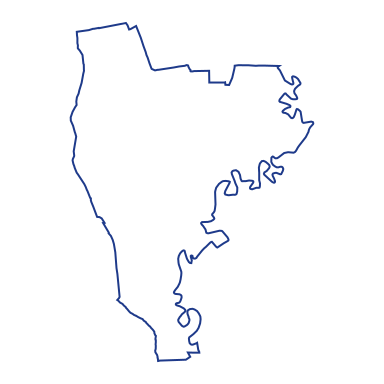 the district of Falciu, Vaslui, Romania
{"feature_id": "2599482B69317802049960", "entity_name": "Falciu", "entity_type": "district", "adm_level": 2, "iso_a3": "ROU", "parent_name": "Romania", "parent_adm1": "Vaslui", "projection": "natural_earth1", "projection_center": [28.123, 46.28], "detail": "fine", "context": "isolated", "style": "outline", "palette": "blue", "viewbox_px": 384, "rotation_deg": 0, "n_neighbors": 0, "source": "geoboundaries", "source_scale": "gbopen_adm2", "svg_char_len": 5950}
<svg xmlns="http://www.w3.org/2000/svg" viewBox="0 0 384 384"><path d="M197.1,342.8L196.1,343.4L192.9,344.6L191.9,344.7L190.9,344.4L189.7,343.2L189.2,341.2L188.9,338.6L189.2,337.4L193.4,334.1L196.8,330.8L198.6,327.8L200.1,323.4L200.6,319.3L200.4,316.8L200.1,315.9L198.8,313.4L197.1,311.1L194.6,309.5L192.6,308.8L189.9,309.1L188.1,310.2L187.4,311.5L187.5,313.9L188.6,316.8L188.7,317.7L189.4,319.2L189.4,320.5L188.7,322.9L187.7,324.3L186.8,325.1L184.5,326.5L183.5,326.7L181.9,325.8L178.7,322.0L178.3,320.9L178.2,320.0L178.5,319.2L179.8,317.0L180.8,315.9L181.9,314.3L184.7,312.0L185.4,310.7L185.2,309.8L183.8,308.4L179.9,306.3L176.9,305.4L175.9,304.7L175.8,304.2L175.9,303.8L176.3,303.4L176.7,303.2L178.9,302.8L180.0,301.8L180.6,300.5L181.4,298.2L181.6,297.3L181.5,295.9L181.0,295.1L179.6,294.3L175.3,293.9L174.3,293.3L174.0,292.7L173.9,292.3L174.3,291.4L175.3,289.9L177.8,286.8L179.3,283.8L179.9,282.4L180.6,279.3L181.2,275.5L181.4,273.1L181.3,271.7L178.8,264.4L178.5,262.6L178.2,258.8L178.8,256.0L180.1,253.4L181.3,252.0L182.5,250.9L183.4,250.4L184.4,250.6L184.7,251.0L185.1,252.9L186.8,258.3L187.2,259.2L188.9,262.1L190.1,263.0L191.3,263.1L191.8,260.3L190.8,256.9L190.8,255.9L191.3,255.5L192.4,255.8L192.9,257.9L193.8,258.5L195.0,258.6L196.1,258.1L196.5,257.8L197.1,256.7L202.2,250.4L204.3,248.2L205.9,246.9L210.1,242.7L211.1,242.0L211.9,241.8L216.0,246.6L216.8,247.3L217.4,247.5L223.8,243.2L227.9,240.9L228.4,240.4L228.5,239.9L228.4,239.2L227.5,237.3L222.3,231.2L221.8,230.9L219.7,230.7L218.7,230.9L208.5,233.3L207.3,233.2L206.3,232.7L205.5,229.5L203.0,225.8L202.0,224.8L201.2,223.6L201.1,223.1L202.0,222.1L207.9,221.9L211.0,221.2L213.2,219.9L214.2,218.9L214.3,218.5L214.0,217.6L212.1,215.0L212.2,214.2L213.9,212.2L214.6,210.9L215.0,208.6L215.5,204.5L215.1,192.0L215.4,190.5L216.2,187.7L219.0,183.9L221.9,181.7L223.1,181.1L225.7,180.9L228.7,181.3L229.4,181.6L229.8,181.8L229.6,182.8L225.3,191.0L224.7,193.3L225.3,194.5L228.1,195.2L229.1,195.2L233.1,194.7L235.0,194.8L236.2,194.3L236.6,193.8L237.2,191.3L237.3,187.5L235.3,183.1L234.7,181.1L231.9,174.2L231.6,172.4L232.5,171.1L233.6,170.6L236.0,170.2L238.5,171.8L240.0,175.0L240.6,178.7L241.6,180.9L242.0,181.2L245.9,181.1L249.1,180.5L252.3,180.8L253.2,181.2L253.4,181.9L253.1,182.8L250.4,186.6L250.1,187.2L250.0,187.9L250.1,188.5L250.5,188.9L252.1,189.3L256.3,187.8L259.0,187.8L259.5,187.6L259.7,187.1L259.9,186.1L260.0,183.3L259.2,180.3L259.2,172.8L258.9,167.6L259.7,164.1L260.2,163.1L261.9,161.1L263.6,160.9L265.6,161.8L267.8,163.6L269.3,165.1L269.7,166.7L269.1,168.1L266.7,171.0L264.4,172.4L263.9,173.8L264.2,174.6L272.0,181.8L273.5,182.6L274.1,182.7L274.5,182.6L275.0,181.9L275.0,181.1L274.0,178.4L272.7,175.8L272.5,174.9L272.5,174.4L273.1,173.5L275.1,172.9L276.6,172.9L280.2,174.3L281.2,174.1L282.8,170.9L283.3,169.0L282.7,167.5L282.0,166.9L281.2,166.7L280.1,166.8L278.5,167.3L276.8,167.3L275.3,166.6L273.1,165.0L272.2,163.7L271.3,161.9L271.4,157.8L272.0,157.0L272.8,156.5L273.6,156.9L274.4,157.7L275.4,158.3L277.1,158.2L278.5,157.4L284.2,153.0L288.1,152.2L293.6,152.7L295.0,152.0L296.0,150.8L297.9,147.4L299.4,145.3L305.8,137.1L308.5,131.8L308.8,130.3L309.3,128.9L310.3,127.2L313.1,124.1L313.3,123.2L312.9,122.1L311.2,121.6L303.6,122.9L303.1,122.7L302.4,122.0L302.1,121.1L300.6,111.8L300.0,111.0L298.0,109.3L296.9,109.0L296.5,109.4L294.8,114.7L293.8,117.0L293.1,117.8L292.1,118.2L291.0,117.8L288.2,114.4L285.5,113.0L283.3,112.7L282.9,112.4L282.6,112.0L282.5,111.5L283.0,110.7L285.0,109.0L288.0,107.6L290.1,107.1L290.4,106.6L290.3,105.7L289.5,105.1L286.5,103.8L279.8,101.8L279.3,101.0L279.7,99.5L284.2,94.0L285.1,93.4L285.7,93.5L286.6,94.6L291.1,98.7L292.7,99.2L294.5,99.3L296.0,99.2L297.0,98.9L297.2,98.5L297.2,98.0L296.7,96.7L296.0,95.3L294.5,93.3L294.1,91.3L294.3,90.4L295.1,88.7L296.5,87.3L298.1,85.8L300.2,84.4L300.5,83.2L300.4,82.9L298.0,79.0L296.4,77.6L294.7,76.7L293.0,76.3L292.2,76.8L292.1,77.7L292.7,80.4L293.4,83.0L293.3,83.8L293.0,84.2L292.0,84.5L290.5,84.0L284.9,80.5L279.9,70.4L277.8,68.0L277.7,67.5L277.8,66.9L279.1,66.0L264.6,65.6L258.7,65.6L255.9,65.8L248.9,65.3L238.4,65.2L234.7,65.7L234.6,67.3L234.3,69.0L232.2,77.9L229.1,85.0L225.4,84.8L225.1,82.3L224.5,82.5L209.3,82.5L209.1,70.8L193.9,71.1L192.7,71.4L190.8,71.4L190.5,71.2L190.4,69.8L189.8,69.4L189.2,68.3L188.4,66.7L188.1,65.5L187.7,65.3L186.5,65.1L184.8,65.8L179.0,66.5L173.7,67.5L158.5,69.8L157.7,69.8L155.0,70.4L151.7,68.9L151.4,68.3L149.5,63.3L147.6,57.5L146.5,55.1L145.7,52.1L143.5,46.1L140.8,37.8L136.1,26.0L130.5,29.1L129.1,29.5L127.6,25.4L125.9,23.0L99.0,28.2L98.8,27.9L94.0,28.8L93.0,28.8L88.9,30.1L76.8,31.8L77.0,35.3L77.4,38.0L77.4,43.2L77.9,45.3L77.8,48.1L77.9,48.4L79.8,50.6L82.5,55.0L83.4,63.7L83.8,64.5L83.9,69.9L84.0,70.8L83.3,73.6L81.6,82.9L79.3,90.4L78.6,93.6L76.9,97.3L76.3,101.5L76.6,105.0L75.1,107.2L72.6,111.8L70.7,117.3L70.8,120.6L73.1,125.8L74.8,132.1L75.3,133.4L76.2,136.6L73.7,151.3L74.2,155.5L74.1,156.3L72.9,158.9L72.6,160.2L72.7,160.9L73.4,164.0L74.2,166.0L74.7,167.8L76.7,172.7L77.9,174.3L84.3,184.1L85.7,186.9L86.8,189.8L87.5,191.1L90.2,197.9L90.7,198.1L90.9,198.5L90.8,200.1L91.3,201.9L93.2,206.5L97.1,216.9L99.5,217.1L101.7,218.4L104.5,222.8L103.1,223.0L108.8,232.6L108.6,233.3L110.9,235.9L112.7,239.9L113.9,244.0L115.3,252.3L116.5,268.1L117.4,274.0L119.6,296.9L119.0,298.1L117.3,300.0L118.1,300.5L120.1,302.6L122.5,303.9L123.7,305.4L125.8,307.2L126.2,308.1L126.9,308.7L129.1,311.4L130.5,312.8L132.5,313.8L134.1,315.0L135.9,315.7L135.9,315.8L136.6,316.1L138.0,317.0L140.6,318.3L142.6,319.1L143.7,320.6L145.9,322.1L146.4,323.1L147.3,323.9L148.9,325.7L150.2,326.6L150.7,327.5L152.9,329.8L154.3,331.7L154.4,333.2L154.9,334.4L155.2,335.1L155.9,335.9L155.4,339.1L155.6,340.0L155.8,340.1L155.8,342.3L155.6,344.4L155.8,345.8L155.7,348.9L155.2,350.6L155.4,352.3L157.1,355.0L157.6,357.0L157.5,357.8L157.8,358.2L158.1,361.0L158.9,360.9L159.5,360.6L185.9,359.7L190.2,356.8L187.9,352.5L194.0,352.7L199.3,352.7L199.2,351.7L198.3,350.0L197.1,342.8Z" fill="none" stroke="#1e3a8a" stroke-width="2"/></svg>